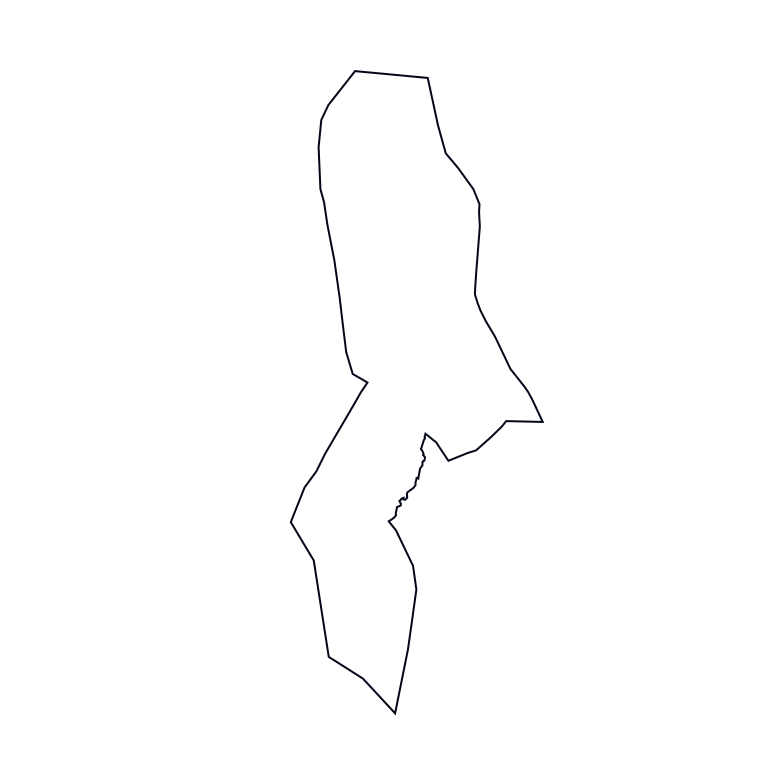 San Baltazar Chichicápam, Oaxaca, Mexico, rotated 23°
{"feature_id": "50627088B15303573205943", "entity_name": "San Baltazar Chichicápam", "entity_type": "district", "adm_level": 2, "iso_a3": "MEX", "parent_name": "Mexico", "parent_adm1": "Oaxaca", "projection": "orthographic", "projection_center": [-96.494, 16.758], "detail": "fine", "context": "isolated", "style": "outline", "palette": "ink", "viewbox_px": 768, "rotation_deg": 23, "n_neighbors": 0, "source": "geoboundaries", "source_scale": "gbopen_adm2", "svg_char_len": 1723}
<svg xmlns="http://www.w3.org/2000/svg" viewBox="0 0 768 768"><g transform="rotate(23 384 384)"><path d="M509.2,376.7L511.0,370.4L544.9,356.9L527.8,341.5L520.3,335.4L514.4,331.6L494.6,320.8L468.1,297.4L467.1,296.6L453.2,286.4L443.9,278.5L438.9,273.3L432.7,266.0L430.9,261.3L428.7,255.1L425.3,245.3L410.7,201.6L404.5,189.0L401.6,181.1L390.1,169.7L367.6,156.1L350.8,147.6L332.7,124.9L304.7,85.2L269.0,96.5L235.1,107.3L223.8,148.9L223.1,165.4L231.3,191.6L249.3,229.4L258.0,240.4L268.9,258.3L271.0,261.5L290.0,289.6L309.3,321.6L323.4,346.3L336.8,369.5L350.5,386.0L351.3,387.0L368.2,389.1L365.9,401.1L365.1,408.2L362.7,427.7L360.0,448.1L357.0,471.6L355.9,490.8L351.3,510.3L352.1,544.2L352.2,547.6L388.3,573.9L439.8,656.8L479.7,663.4L522.9,682.8L509.8,619.1L501.6,588.4L494.1,560.5L481.7,539.9L476.5,535.4L476.4,535.3L452.2,514.0L442.4,508.8L442.0,508.5L443.5,506.4L445.4,503.3L446.3,500.2L445.3,498.1L444.7,494.8L444.0,492.3L446.1,490.1L446.7,489.6L446.7,488.4L446.6,488.0L446.0,487.3L444.6,486.4L443.9,485.7L444.9,483.7L444.9,482.7L445.7,482.0L446.5,481.2L446.9,482.5L447.9,482.5L448.7,482.3L449.8,479.7L448.0,476.0L447.9,475.3L447.9,474.7L448.2,474.0L451.8,467.9L452.5,464.7L451.5,462.4L451.1,459.4L451.1,459.2L450.7,457.8L451.0,457.4L452.5,457.6L452.1,456.1L451.0,451.0L450.2,447.5L450.6,446.1L451.2,444.0L450.1,441.3L450.0,441.2L450.2,440.9L450.2,440.3L450.2,439.6L451.1,438.8L450.6,436.1L450.0,435.1L447.7,434.1L447.8,432.9L445.1,430.3L443.5,429.6L443.3,429.1L443.4,428.6L442.7,421.1L442.6,420.2L442.8,419.2L442.9,417.8L442.1,417.0L441.6,413.6L444.5,414.4L449.8,415.9L450.7,416.2L454.6,417.2L473.3,429.5L487.9,414.9L494.6,409.2L495.1,408.2L503.4,390.8L509.2,376.7Z" fill="none" stroke="#020617" stroke-width="2"/></g></svg>